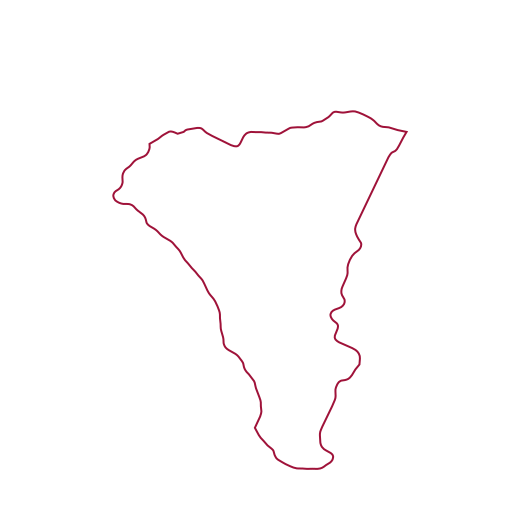 outline of Guaymate, La Romana, Dominican Republic, rotated 295°
{"feature_id": "3306468B11940370524112", "entity_name": "Guaymate", "entity_type": "district", "adm_level": 2, "iso_a3": "DOM", "parent_name": "Dominican Republic", "parent_adm1": "La Romana", "projection": "natural_earth1", "projection_center": [-68.971, 18.577], "detail": "fine", "context": "isolated", "style": "outline", "palette": "rose", "viewbox_px": 512, "rotation_deg": 295, "n_neighbors": 0, "source": "geoboundaries", "source_scale": "gbopen_adm2", "svg_char_len": 4230}
<svg xmlns="http://www.w3.org/2000/svg" viewBox="0 0 512 512"><g transform="rotate(295 256 256)"><path d="M99.8,327.6L94.9,334.2L93.2,337.1L91.6,341.1L89.2,346.5L88.0,351.4L87.4,353.2L86.9,354.0L86.3,354.6L83.7,356.8L82.6,358.1L81.6,359.5L81.2,360.3L80.7,362.1L80.2,366.9L79.9,370.7L79.9,375.7L80.1,379.4L80.8,382.9L83.2,388.4L84.7,392.4L86.9,396.8L89.0,401.6L90.6,404.0L92.0,405.4L93.6,406.5L96.2,407.9L100.0,410.4L101.8,411.1L103.6,411.4L104.6,411.3L106.3,410.9L107.1,410.5L107.8,409.8L108.4,409.0L109.0,407.0L109.4,401.5L109.7,399.2L110.5,397.2L110.9,396.3L112.1,394.8L113.6,393.5L114.4,393.0L120.1,389.9L121.8,389.1L123.9,388.5L126.1,388.3L129.4,388.2L151.9,388.5L158.6,388.3L160.8,388.0L162.8,387.3L166.9,385.2L168.7,384.4L170.8,384.0L174.0,383.9L176.0,384.2L177.0,384.5L178.6,385.5L179.2,386.1L181.1,389.0L182.3,390.4L183.7,391.6L185.5,392.5L188.6,393.3L195.1,394.0L201.4,395.6L206.8,393.6L208.5,392.7L209.4,392.1L211.0,390.4L212.2,388.3L212.9,385.9L213.2,382.1L212.9,367.8L213.2,365.5L213.9,363.4L214.6,362.5L215.4,361.8L217.3,361.1L224.6,360.7L226.5,360.2L227.4,359.8L228.2,359.1L228.8,358.3L229.2,357.4L230.2,353.3L231.1,351.3L232.4,349.6L233.2,348.9L234.2,348.3L235.1,348.1L237.0,348.1L238.9,348.8L240.7,350.1L243.9,353.3L245.7,354.8L247.7,355.7L249.8,356.1L251.8,355.8L253.6,354.9L254.2,354.3L256.8,350.6L258.4,349.1L260.4,348.1L262.5,347.5L264.7,347.3L273.8,347.1L277.1,346.8L279.3,346.2L284.2,343.8L287.5,343.0L292.2,342.7L296.8,343.1L300.1,344.1L304.9,346.6L307.0,347.1L309.0,347.1L311.0,346.5L311.8,346.0L312.4,345.4L314.4,342.2L316.4,339.4L318.0,337.6L319.7,336.0L321.6,334.8L322.7,334.3L324.9,333.8L327.2,333.6L401.5,334.3L404.7,334.7L406.6,335.2L407.5,335.7L409.8,337.6L410.6,338.0L412.4,338.6L416.6,339.0L425.6,339.4L432.1,340.0L430.0,331.2L428.7,322.0L428.0,320.0L426.7,316.5L426.3,314.5L426.3,312.4L426.5,311.4L427.0,309.6L428.4,306.0L428.9,303.9L429.3,301.8L429.5,298.3L429.6,293.2L429.4,288.3L428.9,284.7L428.0,282.5L426.9,280.6L423.8,276.1L422.7,274.2L422.0,272.3L420.6,267.6L419.7,266.1L418.3,265.0L414.0,263.6L412.4,262.9L407.0,259.5L405.6,258.4L403.1,254.6L401.3,252.6L399.8,251.4L395.8,248.9L393.9,246.8L392.8,245.1L390.4,239.5L387.6,234.4L386.6,232.9L385.2,231.8L378.0,226.7L376.7,225.5L376.2,224.7L375.6,222.9L374.3,218.0L371.9,212.5L370.5,208.5L368.4,204.0L366.4,199.2L365.9,198.4L364.7,196.9L363.2,195.6L362.3,195.2L360.3,194.5L358.2,194.2L352.0,194.1L350.1,193.9L348.3,193.2L347.6,192.6L347.0,191.7L346.3,189.7L345.9,186.4L346.3,165.4L346.7,159.4L347.2,157.3L348.1,154.7L348.5,153.0L348.5,152.1L348.3,151.1L348.0,150.2L347.1,148.4L341.5,140.2L340.2,139.0L337.9,138.0L333.7,133.3L333.6,130.1L333.4,128.1L332.9,126.2L332.4,125.4L331.8,124.6L326.8,121.0L325.2,120.0L320.8,117.8L312.6,112.1L309.6,113.7L307.7,114.2L304.7,114.4L302.7,114.1L301.7,113.9L300.8,113.5L299.0,112.4L294.3,108.0L292.6,106.7L291.7,106.2L289.9,105.4L285.2,104.1L283.4,103.4L280.2,101.6L278.4,100.9L277.5,100.7L274.5,100.6L272.6,101.0L270.8,101.7L266.8,103.8L265.9,104.1L264.0,104.4L262.0,104.4L260.1,104.0L258.4,103.3L255.4,101.4L253.7,100.8L251.8,100.8L250.8,101.0L250.0,101.4L248.5,102.6L247.4,104.2L246.9,105.1L246.5,107.3L246.4,109.5L246.6,111.6L247.1,113.7L248.7,117.2L249.4,119.0L249.6,120.0L249.7,122.1L249.3,124.1L247.8,127.7L247.2,129.6L245.8,135.9L245.0,137.7L243.9,139.3L242.6,140.6L240.0,142.7L239.5,143.3L238.7,145.0L238.2,147.0L237.7,152.3L237.3,154.4L236.7,156.4L235.2,160.1L234.6,162.1L234.2,164.2L233.5,172.0L233.0,174.2L232.7,175.1L230.6,179.6L229.4,182.6L228.5,184.5L227.3,186.3L223.9,190.7L222.2,193.5L220.6,197.4L218.0,202.8L216.1,207.7L213.9,212.1L212.3,216.0L211.3,217.9L209.3,220.5L204.4,226.3L202.5,228.9L201.5,230.7L199.3,235.5L197.6,238.2L194.1,242.4L191.1,245.5L189.5,246.9L187.8,248.0L184.3,249.7L179.5,252.6L176.9,253.9L175.1,254.9L173.4,256.2L168.6,260.4L166.9,261.6L163.5,263.4L162.8,263.9L161.4,265.3L160.3,266.9L159.6,268.8L159.2,271.0L158.6,278.7L158.1,280.9L157.4,282.7L154.7,287.8L153.7,289.3L153.1,289.9L150.3,292.0L149.0,293.3L147.9,294.8L146.9,296.6L145.8,299.5L144.9,301.2L141.8,307.1L140.6,308.4L137.7,310.6L136.1,311.9L129.4,318.8L127.1,321.0L125.4,322.2L121.9,323.9L117.9,326.3L117.1,326.7L115.2,327.2L112.2,327.6L99.8,327.6Z" fill="none" stroke="#9f1239" stroke-width="2"/></g></svg>